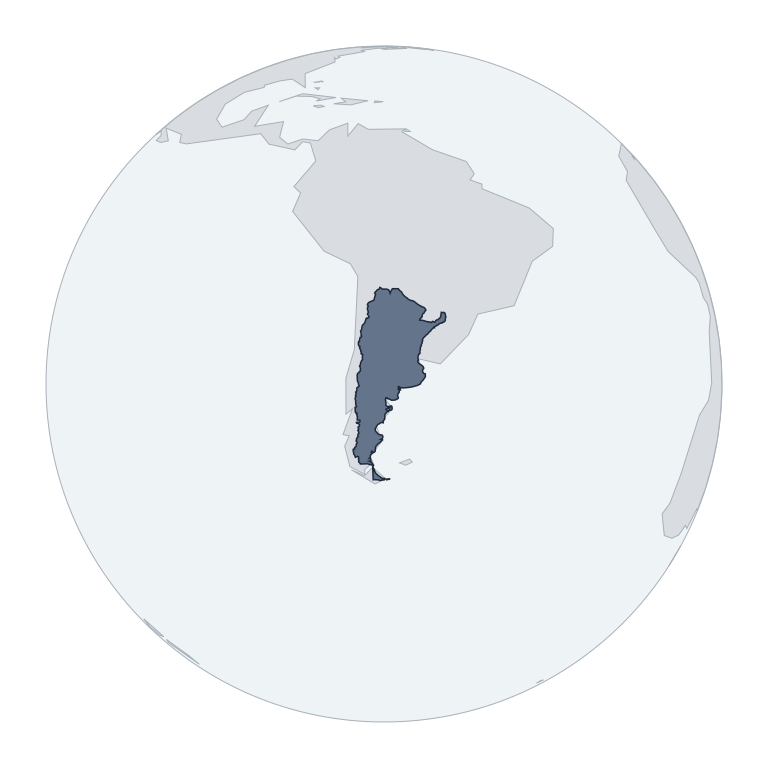 the Earth from above Argentina
{"feature_id": "ARG", "entity_name": "Argentina", "entity_type": "country or territory", "adm_level": 0, "iso_a3": "ARG", "parent_name": "South America", "parent_adm1": "", "projection": "orthographic", "projection_center": [-65.46, -38.417], "detail": "fine", "context": "on_globe", "style": "filled", "palette": "slate", "viewbox_px": 768, "rotation_deg": 0, "n_neighbors": 0, "source": "natural_earth", "source_scale": "50m", "svg_char_len": 9184}
<svg xmlns="http://www.w3.org/2000/svg" viewBox="0 0 768 768"><circle cx="384" cy="384" r="338" fill="#eef3f6" stroke="#a8b0b8"/><path d="M412.7,47.3L404.4,46.8L380.5,46.2L361.3,47.9L385.6,46.4L388.0,47.6L393.4,48.0L400.2,48.1L403.9,47.7L407.2,48.4L384.4,49.4L381.0,48.7L388.3,48.1L377.0,48.3L361.7,50.4L364.2,51.6L338.4,56.1L339.9,57.3L335.1,59.4L334.5,56.9L335.0,62.0L305.1,73.6L305.3,87.7L292.3,79.1L279.8,80.9L264.5,85.3L264.2,87.4L244.5,92.3L225.4,104.0L216.6,119.1L222.0,127.2L244.1,119.7L251.6,111.2L268.3,105.2L254.6,126.3L283.5,121.6L279.6,137.4L287.8,144.0L302.8,139.0L318.1,140.7L329.6,129.8L347.8,123.2L347.8,136.1L358.2,123.6L368.2,129.3L404.7,128.9L401.8,131.7L432.6,149.8L466.3,161.5L474.2,173.7L470.1,179.9L481.9,184.1L482.1,188.8L529.2,208.0L553.3,228.6L552.6,246.4L532.3,261.2L514.1,305.7L477.8,314.1L468.6,334.5L440.3,363.9L418.3,358.8L424.7,377.0L412.6,386.8L398.3,386.7L396.1,399.6L385.5,399.6L392.7,408.5L376.4,426.0L381.9,441.0L370.3,456.3L374.3,465.5L369.6,465.3L364.9,469.1L364.7,474.4L349.9,466.6L344.7,446.3L349.2,435.7L343.0,434.6L352.5,408.6L346.0,414.2L345.9,378.2L354.3,349.7L357.9,276.5L350.3,263.7L324.1,251.2L292.6,211.4L300.6,193.0L293.9,186.6L315.8,161.0L310.4,143.0L302.7,141.7L294.8,149.9L269.1,144.2L260.7,133.7L186.3,143.9L179.7,142.5L181.4,134.4L166.2,128.1L168.3,140.9L160.6,142.5L156.2,140.4L161.0,135.7L161.3,130.9L155.7,134.9L156.6,134.0L175.9,117.7L196.4,102.9L218.0,89.7L240.4,78.1L263.7,68.2L287.6,60.1L312.1,53.8L337.0,49.4L362.2,46.8L387.4,46.1L412.7,47.3ZM302.7,93.7L336.0,97.5L316.3,101.1L320.2,98.9L311.9,96.5L296.3,96.1L279.3,101.6L302.7,93.7ZM319.3,82.1L313.5,82.4L319.3,81.5L319.3,82.1ZM375.0,484.0L351.4,469.8L364.5,475.8L372.6,467.2L385.4,478.7L375.0,484.0ZM399.5,462.9L409.5,459.1L412.2,462.0L405.9,465.2L399.5,462.9ZM697.2,510.9L696.9,508.8L686.8,528.5L685.4,525.4L678.7,535.0L671.9,538.2L664.3,535.6L662.1,513.9L669.9,503.3L680.9,474.3L699.5,415.1L708.5,400.4L711.7,382.7L709.2,332.2L710.3,316.4L707.6,304.2L703.3,297.4L699.2,283.0L695.8,277.5L668.1,251.4L654.6,229.1L626.2,180.4L627.5,171.6L618.8,156.2L621.4,143.5L638.4,161.6L654.1,180.9L668.3,201.3L680.9,222.7L692.0,244.9L701.4,267.9L709.0,291.6L714.9,315.7L719.1,340.2L721.4,365.0L721.9,389.8L720.5,414.6L717.4,439.3L712.4,463.6L705.7,487.5L697.2,510.9ZM631.6,155.5L634.4,159.2L634.4,159.3L631.6,155.5ZM405.9,128.7L410.2,131.5L404.4,131.3L405.9,128.7ZM313.2,105.9L320.4,105.1L324.1,106.4L318.5,107.7L313.2,105.9ZM374.8,100.9L383.3,101.7L374.3,102.7L374.8,100.9ZM341.3,98.2L368.0,100.7L350.7,104.9L333.8,103.8L345.7,101.8L341.3,98.2ZM315.1,87.8L319.6,87.8L318.0,89.7L315.1,87.8ZM323.5,81.5L321.8,81.9L319.7,80.9L323.5,81.5ZM389.4,47.5L391.3,47.5L398.0,47.7L394.6,47.8L389.4,47.5ZM418.5,47.8L416.8,47.8L429.3,49.4L433.8,50.7L428.2,49.5L424.3,49.4L407.8,47.6L417.7,47.8L418.5,47.8ZM388.9,46.3L398.1,46.7L387.6,46.2L388.9,46.3ZM543.6,679.8L536.5,683.2L540.4,680.7L543.6,679.8ZM668.7,566.0L672.7,559.4L680.6,545.9L668.7,566.0ZM168.6,642.6L166.4,639.4L176.1,646.5L188.9,655.7L199.4,664.3L168.6,642.6ZM159.9,635.2L151.1,627.8L146.5,624.3L149.1,625.7L143.7,618.8L163.9,636.8L159.9,635.2Z" fill="#d9dde1" stroke="#a8b0b8" stroke-width="1"/><path d="M423.9,337.3L422.4,339.6L422.6,340.3L422.6,341.2L422.1,341.8L422.2,342.6L422.1,343.1L421.1,344.8L421.4,345.5L421.1,346.4L420.3,347.2L420.3,348.8L420.5,349.1L419.9,350.9L420.0,353.3L419.5,353.9L418.9,353.9L418.7,354.1L417.9,357.3L418.4,360.4L417.7,361.0L417.9,362.0L418.7,363.3L422.1,365.6L423.2,366.7L423.7,367.8L423.7,368.6L422.7,369.8L422.5,370.9L422.9,372.3L423.7,373.3L424.3,373.7L425.2,373.7L425.3,374.0L425.4,376.1L425.3,376.7L425.0,377.3L423.1,380.1L421.5,381.7L420.9,382.6L420.6,383.6L420.1,384.1L417.5,385.4L413.6,386.5L409.8,387.3L403.9,387.9L401.7,387.8L400.6,387.5L399.6,387.2L399.0,386.6L398.4,386.5L398.2,386.8L398.5,387.6L398.3,388.6L398.4,389.1L399.5,389.9L398.9,389.9L399.4,390.4L399.1,392.6L398.4,393.0L397.8,394.7L397.6,395.7L397.8,396.3L398.4,397.6L398.1,398.4L397.7,398.8L395.1,400.0L392.2,400.2L391.5,400.2L388.8,398.8L386.7,398.1L386.9,397.8L386.6,397.7L385.7,398.1L385.5,398.5L385.4,399.9L385.9,402.6L386.0,403.6L385.8,404.9L386.1,405.7L387.7,406.7L388.0,406.6L387.9,407.2L387.9,407.6L388.5,407.7L389.9,407.5L390.1,406.7L389.3,406.6L389.4,406.4L391.3,405.9L391.8,406.3L392.0,406.9L392.1,407.6L392.0,409.3L391.6,409.9L390.2,410.3L389.7,410.2L388.9,408.5L388.2,408.2L387.5,408.3L386.8,408.9L386.1,409.0L385.9,409.6L387.6,410.5L388.9,410.8L388.4,411.4L386.7,412.1L384.9,414.4L384.7,415.6L384.9,417.2L384.6,417.8L384.8,418.5L384.4,419.7L383.2,420.8L383.0,421.5L383.4,422.0L383.3,422.8L381.0,422.5L379.3,423.8L377.9,424.3L376.6,426.2L375.2,429.0L375.3,430.3L375.7,431.3L378.7,434.5L381.8,435.0L382.4,435.3L382.9,436.4L382.7,437.7L382.3,438.5L381.0,439.3L382.1,439.3L382.4,439.4L382.6,439.9L382.2,440.1L380.3,442.3L377.9,444.0L376.2,445.9L375.4,447.6L375.5,448.1L375.2,451.1L374.7,451.9L373.4,452.6L372.5,451.9L371.8,450.6L371.9,451.3L371.9,451.7L370.7,452.1L372.1,452.1L372.8,452.9L370.9,454.3L370.4,455.5L370.3,457.1L369.5,458.1L370.1,457.9L370.7,459.6L370.9,460.4L370.8,461.0L369.3,461.3L370.4,461.7L370.9,461.5L371.2,461.8L373.4,465.3L373.3,465.6L373.2,465.2L370.4,464.4L369.4,464.5L367.7,463.8L360.4,464.0L360.4,463.5L359.2,462.5L358.6,461.7L358.8,460.3L358.8,459.8L358.4,459.1L358.7,458.7L358.7,458.0L358.4,456.7L357.7,456.4L357.3,456.6L356.4,456.7L355.6,457.4L355.4,457.3L354.6,455.2L353.7,453.9L353.5,452.7L353.6,452.0L353.1,450.8L353.1,450.1L353.3,449.7L353.3,449.2L354.6,449.0L354.5,448.4L354.8,447.3L355.9,446.6L356.3,445.9L356.3,445.2L356.1,444.4L356.5,443.7L357.0,443.4L357.2,442.6L357.0,441.9L356.7,441.4L356.2,441.2L356.2,440.6L356.7,438.8L356.6,438.3L357.5,437.4L357.7,436.8L358.2,436.5L357.9,435.4L357.9,434.4L358.8,433.2L358.4,431.3L357.8,430.4L358.6,429.7L358.7,429.2L358.2,428.5L358.1,427.0L358.3,426.7L359.1,426.6L359.1,426.1L359.6,425.5L359.6,424.9L358.4,423.5L356.6,423.2L356.4,422.4L359.7,422.1L360.1,420.9L360.1,420.5L359.8,420.2L357.2,420.0L357.2,418.4L357.6,417.4L357.1,416.4L357.3,416.0L357.2,415.4L356.5,414.5L356.4,414.0L357.0,413.7L357.0,413.3L356.9,412.9L355.7,412.6L355.2,412.0L355.3,410.7L355.0,409.6L355.4,408.9L355.0,407.9L355.0,407.6L355.4,407.0L356.1,407.0L356.5,406.7L356.5,406.3L355.6,404.1L355.8,403.5L355.5,399.6L355.1,399.0L355.1,398.4L355.6,396.9L356.0,396.5L356.0,396.3L355.5,395.8L355.4,395.4L355.5,395.1L355.9,394.8L356.1,394.4L356.1,393.6L355.6,392.1L355.9,391.9L356.4,391.9L356.8,390.0L356.8,387.9L358.2,386.8L358.8,386.6L359.2,385.8L359.2,385.5L358.6,384.9L358.2,382.6L357.4,381.0L357.3,380.2L357.5,379.1L357.1,378.2L357.4,377.1L357.0,375.6L357.5,374.3L357.5,373.6L358.2,373.0L358.9,372.8L359.0,372.1L359.7,371.3L360.2,371.2L360.5,370.7L360.3,369.7L360.5,369.0L360.2,367.6L359.9,366.4L359.6,366.3L359.5,366.0L360.2,365.4L360.6,362.9L361.7,360.3L362.6,359.8L362.3,356.9L362.7,354.9L362.5,354.3L362.1,354.1L361.5,354.2L361.2,353.9L361.1,352.8L361.4,352.0L360.9,351.5L360.6,350.5L360.6,349.6L360.3,349.4L359.6,347.9L359.6,347.1L359.9,347.0L360.0,346.6L359.6,346.2L359.0,346.0L358.3,344.4L358.4,342.9L358.5,341.9L358.7,341.7L359.1,341.7L359.5,341.2L359.3,340.5L360.1,337.7L360.1,337.4L361.1,337.2L361.7,336.1L361.6,335.8L361.1,335.6L361.2,333.7L360.5,331.2L360.7,330.7L361.5,329.8L362.2,325.8L363.1,324.5L363.3,324.5L364.7,322.9L366.2,318.3L366.9,318.0L367.3,318.3L367.6,318.2L367.8,317.9L368.8,317.5L369.0,317.2L369.0,316.6L367.5,314.3L367.5,313.6L368.4,312.5L367.3,308.7L367.6,307.2L368.4,306.4L367.9,305.4L367.4,304.9L367.7,303.7L369.0,302.3L373.8,300.2L375.6,294.2L374.6,293.2L375.3,292.3L375.4,291.7L376.7,290.9L377.2,289.8L379.1,289.2L379.8,287.4L380.5,287.6L382.3,289.1L386.6,289.1L388.7,289.8L390.2,293.2L390.5,292.0L392.4,288.7L398.3,288.7L399.5,290.4L400.8,291.3L401.7,292.3L403.2,294.9L405.4,296.9L407.0,297.9L407.6,298.5L407.9,299.0L410.7,300.4L412.8,300.8L413.9,301.3L417.6,304.2L420.0,305.7L421.1,306.1L421.8,306.8L423.0,307.0L424.0,307.5L424.7,308.1L425.5,309.2L425.8,309.7L425.8,310.4L424.8,311.3L424.0,313.0L422.8,313.9L422.2,315.0L422.2,316.5L421.4,317.5L421.5,317.7L420.8,318.1L419.8,319.2L419.7,319.6L419.8,320.3L422.1,320.2L427.5,321.8L428.3,321.7L429.6,322.1L430.2,322.0L431.0,322.6L431.3,322.6L432.5,321.4L433.6,321.6L434.4,322.2L434.8,322.2L435.2,321.9L435.7,320.8L436.5,320.0L438.0,319.7L439.1,318.5L439.7,318.3L440.7,316.4L441.3,312.3L442.2,312.7L443.8,312.3L445.1,313.3L445.3,315.0L445.9,317.0L445.7,317.3L445.2,319.6L445.3,320.3L444.6,321.6L443.1,322.3L442.9,322.2L441.9,323.1L440.7,323.1L440.1,323.4L439.3,323.5L438.8,324.4L438.1,324.6L437.7,325.2L437.0,325.3L435.7,326.2L434.4,326.7L434.2,327.0L434.5,327.3L434.5,327.8L433.4,327.6L433.3,328.0L431.5,329.6L430.6,331.0L429.2,332.1L427.5,334.2L426.0,335.1L425.0,336.5L423.9,337.3ZM373.2,479.8L372.7,467.3L373.8,468.7L374.2,469.7L373.8,469.4L373.5,469.6L373.2,470.3L373.3,470.7L374.5,471.0L375.1,472.4L377.7,475.1L381.3,477.8L383.0,478.5L384.3,478.4L385.0,478.6L384.4,479.8L384.0,480.0L382.3,480.0L380.4,480.6L378.3,479.9L374.6,479.6L373.2,479.8ZM387.1,478.9L387.5,479.0L389.6,478.9L389.5,479.2L389.1,479.4L387.9,479.3L386.8,479.9L386.4,479.5L387.1,478.9ZM400.4,388.8L400.4,389.1L400.2,389.1L399.6,388.7L399.4,388.2L400.4,388.8Z" fill="#64748b" stroke="#1e293b" stroke-width="1.5"/></svg>